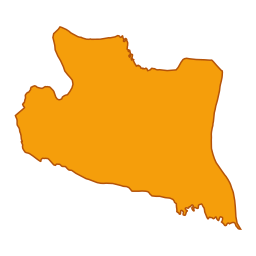 Songkhone, Savannakhét, Laos (Equal Earth projection)
{"feature_id": "54806243B4433821192490", "entity_name": "Songkhone", "entity_type": "district", "adm_level": 2, "iso_a3": "LAO", "parent_name": "Laos", "parent_adm1": "Savannakhét", "projection": "equal_earth", "projection_center": [105.362, 16.147], "detail": "fine", "context": "isolated", "style": "filled", "palette": "amber", "viewbox_px": 256, "rotation_deg": 0, "n_neighbors": 0, "source": "geoboundaries", "source_scale": "gbopen_adm2", "svg_char_len": 5718}
<svg xmlns="http://www.w3.org/2000/svg" viewBox="0 0 256 256"><path d="M60.0,26.9L58.4,29.2L54.3,33.1L53.7,33.6L52.9,37.5L54.1,42.3L54.8,45.5L55.2,49.9L57.8,55.9L60.6,60.7L63.4,66.8L64.8,71.0L67.6,74.6L70.3,77.6L72.3,80.2L73.0,84.2L72.0,87.8L69.9,91.5L67.5,94.7L65.2,95.3L63.7,96.1L62.4,97.1L61.7,98.9L59.8,99.7L58.7,99.7L57.3,99.1L55.8,97.1L53.8,91.4L53.0,90.3L50.1,87.3L49.3,86.9L47.9,86.8L47.2,86.6L46.3,86.8L45.2,86.6L42.4,88.3L41.3,88.3L39.7,88.0L37.2,87.3L36.2,86.4L34.8,85.8L33.0,86.3L32.3,86.9L31.9,87.0L31.4,87.0L31.1,87.3L30.6,88.5L30.6,89.6L28.5,92.4L27.7,92.4L26.6,93.3L25.3,95.2L25.5,98.2L25.0,99.4L24.3,102.6L23.5,103.0L23.4,103.6L22.7,104.1L22.7,104.8L23.3,105.5L23.5,106.3L24.1,106.7L24.5,107.7L23.4,108.7L15.4,115.5L15.7,116.5L16.9,119.2L17.1,120.8L17.1,124.1L17.3,125.2L19.0,127.9L19.5,129.3L19.7,131.0L20.1,132.5L20.3,132.7L21.0,135.4L21.3,138.6L21.6,140.1L22.2,141.1L22.2,141.6L21.4,141.8L21.5,142.3L22.7,144.9L22.5,146.6L22.7,148.1L23.4,149.6L25.0,152.0L26.1,152.6L28.5,153.2L29.8,153.8L33.0,156.0L37.6,159.5L40.3,161.3L40.7,161.3L41.0,160.9L40.9,160.1L41.1,159.6L41.7,158.9L42.5,158.3L43.2,158.3L44.2,158.5L45.4,158.3L48.0,158.6L49.0,159.5L53.7,164.8L54.8,165.2L55.5,165.3L56.1,164.5L56.7,164.1L59.7,164.3L60.7,165.1L61.5,166.0L62.3,166.4L65.5,166.6L67.5,168.8L68.6,169.8L69.4,170.1L69.9,170.1L71.8,170.4L75.9,173.3L86.2,178.7L88.8,179.4L97.2,182.6L100.9,183.3L103.7,183.4L106.3,183.2L112.8,183.5L120.5,185.4L123.3,186.3L126.7,186.6L128.9,187.6L130.8,189.7L131.6,190.9L132.5,191.2L138.6,191.2L142.1,191.0L145.7,191.2L147.1,191.5L148.2,191.9L149.2,192.9L150.0,194.1L152.0,195.9L155.9,196.3L159.8,196.3L165.1,197.6L169.0,198.0L170.2,198.2L173.0,199.5L174.2,201.1L174.5,202.2L175.5,203.1L176.3,203.6L176.5,207.1L176.8,209.0L176.9,210.8L176.8,211.6L177.8,212.5L178.5,212.6L178.8,213.0L179.1,213.8L179.3,214.0L179.7,214.2L180.1,214.2L180.4,213.9L180.6,213.1L180.7,210.8L181.1,210.4L181.7,210.4L182.0,210.5L182.4,210.8L183.4,211.8L183.4,212.4L183.1,213.9L183.1,214.4L183.2,214.6L183.3,214.9L183.9,215.1L184.9,215.3L185.3,215.0L185.6,214.4L186.4,211.8L186.5,211.5L187.0,211.3L187.3,210.9L187.2,210.6L186.0,209.9L185.5,209.3L185.4,209.0L185.3,208.5L185.4,208.2L185.6,208.0L186.6,207.8L188.0,208.2L188.5,208.1L189.0,207.4L189.1,206.9L189.3,206.7L190.2,206.7L190.9,206.0L191.5,205.2L192.2,204.9L192.5,205.0L192.9,205.3L193.2,205.7L193.3,206.2L193.2,206.5L191.9,207.7L191.9,208.2L192.1,209.0L192.8,210.1L193.5,210.8L193.9,210.9L194.1,210.7L193.8,209.3L193.8,208.7L194.0,207.9L194.4,207.5L195.0,207.4L196.9,208.3L197.5,208.4L198.0,208.3L198.4,207.1L198.4,205.7L198.6,205.1L199.7,204.5L201.5,204.0L201.8,204.2L202.0,204.4L202.9,206.3L204.1,208.1L204.5,209.9L204.7,211.7L204.9,212.3L206.1,215.3L206.4,215.8L206.6,216.9L207.1,217.3L207.4,218.2L207.7,218.7L208.1,218.8L208.3,218.7L209.2,217.4L209.8,217.2L210.9,217.6L211.9,217.6L212.6,218.1L213.0,218.5L213.6,218.7L214.3,218.3L215.3,217.2L215.9,217.0L216.2,217.3L216.5,218.2L216.8,218.9L217.9,220.2L218.4,220.5L218.6,220.4L218.9,219.8L219.3,218.5L219.8,217.4L220.4,216.8L221.0,216.9L222.2,217.4L222.5,217.7L222.6,218.1L222.6,219.1L222.3,220.5L222.0,221.4L221.5,222.0L222.7,223.0L223.4,223.6L224.7,225.4L225.5,225.6L226.0,225.4L226.3,225.2L227.2,223.6L227.8,223.2L228.7,223.1L229.4,223.8L231.8,222.7L232.6,222.5L233.8,222.5L234.4,222.7L234.9,223.1L235.2,223.7L236.0,225.9L236.5,226.6L237.3,227.3L238.1,228.5L239.1,229.0L240.6,229.1L237.1,223.2L235.9,216.7L235.3,206.8L234.7,200.5L233.3,192.6L232.5,190.2L231.8,188.5L230.5,184.5L229.7,182.7L228.0,179.6L226.0,176.5L224.9,175.2L221.9,171.0L216.1,162.6L214.4,158.7L212.9,154.2L211.5,148.8L211.4,146.7L211.3,140.0L211.4,137.5L211.3,134.0L211.5,131.8L212.2,127.9L212.8,125.7L213.0,123.3L213.4,121.5L214.3,112.7L215.1,109.6L215.8,105.8L216.3,104.2L217.4,100.3L219.0,93.1L219.5,90.8L220.0,86.5L220.4,84.5L221.3,80.9L222.0,77.5L222.2,75.6L222.4,72.2L222.2,70.9L221.4,70.5L220.5,69.6L216.6,65.4L213.4,61.7L212.0,60.3L211.4,60.1L210.1,60.2L204.3,59.8L196.1,59.5L189.6,58.8L186.6,58.3L184.5,58.7L183.0,59.6L181.1,62.2L178.2,67.4L176.1,69.9L167.2,70.6L159.3,69.7L157.9,69.9L156.2,69.6L154.6,68.7L153.6,68.7L153.1,68.5L151.8,68.3L151.3,68.6L150.5,69.7L148.5,70.5L147.6,70.6L147.0,69.0L146.6,68.5L146.1,68.2L145.7,68.2L145.4,68.5L144.6,68.8L144.1,68.7L143.5,68.5L143.0,68.8L142.9,68.8L142.7,68.6L142.7,68.2L141.6,68.2L140.9,68.1L140.7,67.8L140.7,67.3L140.4,66.8L139.8,66.3L139.6,66.0L139.3,66.0L138.9,65.9L138.6,65.4L138.0,65.3L137.8,65.7L136.9,65.8L136.4,66.1L136.1,65.8L135.9,65.1L135.2,64.3L134.9,63.6L134.4,63.0L134.3,62.4L133.5,61.2L133.4,60.3L133.7,59.7L133.3,59.5L132.9,59.6L132.8,59.1L132.5,58.8L132.3,58.9L132.2,59.4L131.9,59.6L131.7,59.5L131.6,59.8L131.5,59.7L131.5,59.4L131.8,58.8L131.7,58.7L131.3,58.9L131.2,58.6L131.5,58.1L132.0,57.8L132.1,57.6L132.5,55.3L132.5,55.0L132.4,54.6L131.6,54.2L131.0,54.3L130.6,54.8L130.3,56.3L130.0,57.0L129.7,57.2L129.4,56.9L129.2,56.7L128.9,56.0L128.9,55.6L129.1,55.3L129.8,54.9L130.2,54.5L130.4,53.3L129.7,50.3L129.6,50.2L129.4,50.2L129.3,50.8L129.0,51.0L129.2,51.4L129.1,51.6L128.6,51.5L128.4,51.4L128.5,51.0L128.4,50.0L128.1,50.0L128.1,49.7L127.4,49.5L127.1,49.0L127.1,48.7L127.3,47.7L127.3,46.7L127.6,45.5L127.7,43.3L127.6,42.4L126.7,40.4L126.7,39.4L126.0,38.6L125.6,38.5L125.3,38.6L125.1,39.1L125.2,40.6L125.0,41.0L124.4,41.5L123.7,41.4L123.5,41.2L123.5,40.4L123.7,39.2L123.7,38.8L123.1,38.1L122.9,37.4L122.7,36.3L122.6,36.0L122.5,35.9L122.2,36.0L121.2,37.2L120.8,37.4L120.2,37.2L119.7,36.5L119.2,36.0L118.8,35.8L117.7,35.6L115.0,36.9L109.7,37.9L109.1,37.7L100.2,39.2L92.4,39.3L91.3,39.3L90.5,39.0L88.9,39.3L86.5,39.2L82.5,38.0L81.1,37.3L79.6,37.2L77.9,36.7L72.5,33.8L70.6,32.7L69.3,31.5L66.3,29.5L61.9,27.5L60.0,26.9Z" fill="#f59e0b" stroke="#b45309" stroke-width="1.5"/></svg>